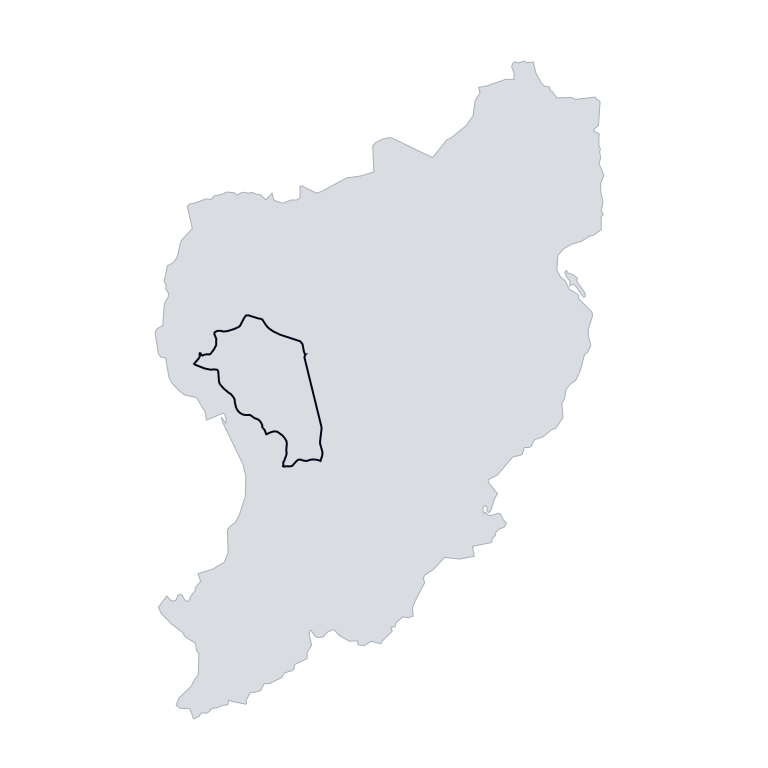 Iran, with Semnan highlighted, rotated 258°
{"feature_id": "IRN-3215", "entity_name": "Semnan", "entity_type": "Province", "adm_level": 1, "iso_a3": "IRN", "parent_name": "Iran", "parent_adm1": "", "projection": "natural_earth1", "projection_center": [54.411, 35.84], "detail": "fine", "context": "in_parent", "style": "outline", "palette": "ink", "viewbox_px": 768, "rotation_deg": 258, "n_neighbors": 0, "source": "natural_earth", "source_scale": "10m", "svg_char_len": 5335}
<svg xmlns="http://www.w3.org/2000/svg" viewBox="0 0 768 768"><g transform="rotate(258 384 384)"><path d="M385.5,202.8L393.7,203.2L408.7,198.2L410.1,197.0L414.6,186.9L419.8,182.3L428.8,176.9L434.6,175.1L455.0,175.8L456.5,171.7L459.9,169.6L482.1,170.8L485.5,173.9L486.9,179.7L505.4,185.0L509.2,186.7L513.8,191.0L517.5,192.1L522.3,190.2L525.3,191.5L530.1,190.3L544.6,196.7L546.6,203.2L549.2,206.2L552.5,208.9L564.0,213.9L567.4,216.8L575.9,228.8L598.9,228.6L600.5,231.2L600.3,236.3L602.1,248.6L600.4,253.1L603.4,257.1L603.2,264.8L604.5,270.1L602.0,277.6L599.4,279.0L601.0,285.6L598.7,291.9L599.1,294.4L595.5,299.7L595.4,301.8L588.8,306.8L593.8,314.1L586.4,314.6L581.9,322.4L583.3,331.7L582.1,336.5L582.9,339.2L584.8,341.0L594.8,342.9L595.2,344.1L584.7,357.7L585.3,362.9L593.4,390.4L592.3,404.1L593.6,418.2L619.0,422.4L621.9,426.0L623.9,433.8L623.9,439.7L623.1,442.7L595.3,478.6L610.0,496.5L610.6,500.5L619.6,518.0L627.9,527.0L642.1,531.9L648.7,538.5L654.5,538.2L654.2,547.1L656.7,565.8L655.1,574.3L660.1,576.0L667.7,574.8L670.5,576.4L672.1,579.5L670.2,581.2L670.6,588.6L668.6,590.1L667.9,597.0L656.5,597.2L646.0,600.3L642.1,602.9L640.0,607.8L636.5,607.4L635.4,609.2L627.9,612.7L625.4,626.8L622.6,630.2L620.7,650.4L619.0,650.7L615.3,654.1L592.2,647.5L589.8,642.6L587.5,641.8L584.1,646.4L572.6,643.7L568.7,644.5L566.2,643.1L560.0,643.0L555.1,640.1L542.5,642.5L534.8,637.4L526.6,636.0L516.6,636.1L508.4,632.4L504.1,633.8L502.1,631.1L489.9,628.7L485.9,619.6L485.7,615.1L482.7,607.3L481.6,595.9L478.8,587.6L473.6,580.8L459.6,576.7L452.4,578.8L447.0,582.7L438.1,584.9L431.2,592.6L427.2,592.0L410.9,602.4L407.4,602.2L395.2,595.3L389.7,594.0L378.6,594.2L372.6,589.6L371.0,586.2L356.5,578.9L347.7,572.2L345.0,565.9L341.1,561.3L332.5,557.6L327.6,553.7L314.1,552.2L304.7,542.4L304.7,539.1L299.2,528.3L298.3,520.4L297.1,518.3L292.4,515.1L291.7,513.0L292.7,508.0L286.7,504.9L285.8,502.5L286.0,494.8L271.6,476.3L268.7,466.1L266.1,465.7L253.0,472.3L249.3,468.6L238.0,462.1L236.4,459.6L239.3,458.4L242.1,459.5L243.9,458.2L243.2,456.0L240.4,454.6L236.5,454.7L237.5,456.8L233.9,458.7L233.0,461.3L233.8,468.9L232.3,471.1L226.2,472.4L222.4,474.8L219.1,472.0L218.1,466.4L216.1,462.9L212.9,461.5L210.6,458.0L206.6,456.2L206.8,436.9L196.8,436.4L197.0,421.7L201.8,407.2L192.5,394.0L188.5,384.0L185.9,382.1L181.0,382.4L164.7,368.9L159.0,365.3L151.1,364.3L150.2,359.5L152.3,354.3L148.7,347.4L147.6,345.4L144.3,344.6L144.6,340.3L140.4,340.5L132.8,328.6L130.5,326.9L135.1,317.9L132.2,310.6L134.2,304.4L138.3,304.7L139.7,296.5L147.2,288.0L153.6,284.3L154.3,281.8L153.1,277.2L149.2,271.5L149.9,266.7L151.2,264.3L158.0,261.6L158.4,260.6L155.2,258.8L143.6,258.8L137.4,253.1L131.5,251.7L128.3,239.1L127.3,237.6L124.5,237.2L122.8,234.9L122.1,226.5L118.1,222.8L115.0,210.5L114.9,207.5L116.1,204.8L109.7,199.5L109.2,191.3L110.5,189.4L103.2,183.4L99.9,183.1L99.6,182.1L105.0,169.4L107.2,166.5L102.8,164.6L103.0,158.3L101.9,153.0L102.5,148.1L99.7,144.5L99.0,142.3L100.2,136.7L97.4,134.0L95.9,128.2L106.7,126.6L109.0,117.6L112.9,113.9L119.5,118.2L128.5,132.7L134.1,136.9L138.2,141.8L158.3,146.8L162.7,145.2L169.6,145.6L178.6,136.6L182.6,135.4L193.1,126.5L206.0,118.3L212.6,117.0L221.9,127.4L216.4,130.6L215.4,133.2L215.9,135.8L220.2,138.4L220.7,141.4L219.2,142.8L213.5,144.4L211.9,147.4L217.9,152.2L220.8,156.2L224.1,157.2L229.1,163.6L237.2,162.7L238.6,178.2L243.0,190.9L251.5,196.4L273.8,200.5L276.2,203.0L279.8,210.0L285.5,215.0L302.7,224.9L321.7,229.6L334.4,229.4L381.2,218.0L385.5,218.0L378.6,220.9L381.2,222.1L387.2,222.1L388.5,221.0L388.7,219.1L385.5,202.8ZM454.5,587.0L451.7,591.4L447.4,595.1L444.2,594.0L431.2,599.5L427.8,599.1L427.3,597.4L441.5,591.0L442.2,589.4L441.4,586.0L446.0,587.4L451.1,584.7L455.3,584.0L457.3,585.9L454.5,587.0Z" fill="#d9dde1" stroke="#a8b0b8" stroke-width="1"/><path d="M368.6,256.4L370.0,256.2L372.3,255.5L374.4,254.4L375.7,253.2L376.4,252.2L376.8,251.3L377.5,250.3L380.5,247.6L381.7,246.2L382.2,243.2L382.8,241.0L383.9,239.0L386.1,236.7L388.6,235.3L391.6,234.4L397.4,234.3L399.7,234.7L401.8,234.2L405.9,232.2L407.8,230.2L412.8,226.3L418.0,223.4L420.5,223.1L431.1,224.5L432.6,223.8L433.5,221.3L434.1,217.2L436.5,211.8L442.0,203.4L443.2,202.4L447.7,208.3L449.8,209.8L451.0,209.6L452.4,210.2L452.1,211.0L450.4,211.6L449.6,212.2L449.5,212.7L449.7,213.0L449.8,213.4L450.0,214.4L449.9,216.9L449.3,219.1L449.2,219.8L449.8,220.9L453.3,224.9L456.7,227.8L458.4,228.3L461.2,228.8L462.7,229.4L467.2,228.6L467.7,228.4L468.7,228.5L469.9,229.2L470.6,232.1L469.9,235.5L468.7,237.8L468.3,241.8L468.9,248.7L469.9,253.2L470.7,255.2L477.8,261.0L479.8,263.3L479.3,265.8L474.2,274.8L473.0,277.8L472.1,278.5L465.8,280.9L462.4,282.9L458.6,286.5L453.9,292.5L443.2,310.9L439.9,312.6L432.3,312.4L429.5,312.9L429.0,313.2L429.0,313.3L428.7,312.9L428.0,312.3L426.4,311.7L355.1,313.9L353.5,313.7L340.8,309.4L338.8,309.1L330.6,309.6L327.7,309.1L321.9,305.9L322.9,304.5L324.3,301.3L325.1,298.1L325.2,295.1L324.8,293.6L324.9,292.0L325.9,289.1L327.4,286.7L327.8,284.4L326.5,281.9L323.1,277.4L322.9,275.9L323.1,274.2L323.7,272.0L324.1,268.6L324.6,268.1L325.2,268.3L325.5,268.7L326.2,268.9L328.0,269.0L329.6,270.4L335.0,273.8L337.2,274.5L339.4,274.6L346.1,276.6L348.5,276.7L351.9,275.5L354.9,273.9L359.6,269.6L360.6,266.3L360.2,262.6L359.3,258.4L359.7,258.3L362.8,257.9L364.2,257.5L366.1,256.4L367.6,255.9L368.6,256.4Z" fill="none" stroke="#020617" stroke-width="2"/></g></svg>